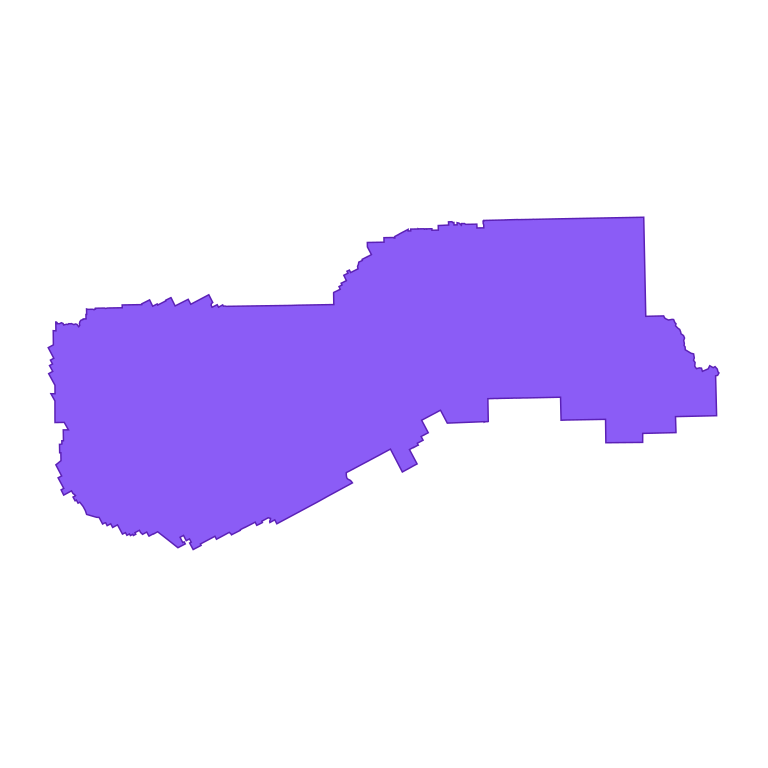 Beverley, Western Australia, Australia, rotated 179°
{"feature_id": "25037944B89171502248139", "entity_name": "Beverley", "entity_type": "district", "adm_level": 2, "iso_a3": "AUS", "parent_name": "Australia", "parent_adm1": "Western Australia", "projection": "orthographic", "projection_center": [116.842, -32.16], "detail": "fine", "context": "isolated", "style": "filled", "palette": "violet", "viewbox_px": 768, "rotation_deg": 179, "n_neighbors": 0, "source": "geoboundaries", "source_scale": "gbopen_adm2", "svg_char_len": 5747}
<svg xmlns="http://www.w3.org/2000/svg" viewBox="0 0 768 768"><g transform="rotate(179 384 384)"><path d="M103.2,447.2L121.1,447.1L121.4,546.2L202.8,546.1L230.9,546.0L231.3,546.1L231.5,546.1L232.3,546.1L232.9,546.0L233.9,546.0L237.0,546.0L237.7,546.0L238.0,546.0L239.4,546.0L240.0,546.0L240.3,546.0L241.5,546.0L242.1,546.0L242.3,546.0L242.7,546.0L242.8,546.0L244.3,546.0L244.7,546.0L246.3,546.0L246.7,546.0L247.6,546.1L256.4,546.0L256.9,546.0L257.8,546.0L258.1,545.9L258.3,545.9L259.7,546.0L259.8,546.0L259.9,545.9L260.0,545.9L281.4,545.8L281.4,545.1L282.1,545.1L282.0,543.7L282.1,543.2L281.6,541.5L281.5,541.2L281.5,539.1L281.5,538.4L288.3,538.4L288.4,542.2L299.7,542.2L300.6,543.0L301.5,543.0L303.7,543.1L303.8,543.0L303.8,541.5L304.0,541.3L304.3,541.8L304.6,542.2L305.9,543.3L306.1,543.4L306.3,543.6L306.8,543.7L307.8,543.9L308.1,544.0L308.1,541.9L311.2,541.8L311.3,544.3L312.6,544.2L313.2,545.1L316.7,545.0L316.6,541.8L327.0,541.5L327.0,536.9L333.4,536.9L333.4,538.4L337.8,538.4L338.0,538.3L338.2,538.2L338.3,538.1L338.5,538.0L338.8,538.1L338.9,538.4L340.2,538.4L340.3,538.3L340.3,538.2L340.6,538.0L340.8,538.0L340.9,538.3L341.7,538.4L341.7,538.5L346.7,538.5L347.2,538.7L347.2,538.4L354.6,538.4L354.6,536.6L357.2,536.6L357.2,538.2L359.1,537.2L359.4,537.1L361.1,536.2L362.0,535.8L366.3,533.6L366.8,533.2L367.1,533.0L367.3,533.0L370.6,531.3L370.6,529.8L371.3,529.8L371.3,530.3L381.5,530.3L381.5,525.8L398.2,525.8L398.2,521.3L394.3,513.6L398.6,511.4L398.6,511.5L403.7,509.0L403.5,507.9L407.1,506.3L407.5,504.1L408.4,502.1L408.0,499.6L415.4,496.0L416.6,498.5L419.1,497.4L418.1,495.4L422.3,493.4L419.8,488.0L425.1,485.5L424.3,483.7L427.3,482.2L426.1,479.5L432.7,476.4L432.8,476.1L432.8,464.3L445.3,464.3L454.3,464.3L469.0,464.3L475.8,464.2L540.5,464.4L541.4,464.7L543.3,464.7L543.9,465.9L548.1,463.7L549.4,466.2L554.6,463.7L554.7,463.8L554.8,464.5L555.1,465.0L555.4,465.5L555.4,466.0L555.3,467.0L554.6,467.9L553.8,468.5L557.6,476.3L575.8,467.1L578.3,472.1L591.5,465.7L595.4,474.0L595.5,474.1L600.8,471.6L600.9,471.4L600.7,470.9L608.9,466.9L609.4,468.0L613.9,465.8L616.9,472.2L624.8,468.4L624.8,467.6L644.4,467.6L644.4,464.8L659.1,464.8L659.9,464.6L661.4,464.4L662.0,464.8L671.2,464.8L671.2,463.9L672.1,463.9L672.6,463.3L673.1,463.5L673.6,463.7L674.1,463.8L678.7,463.8L679.1,463.9L680.1,464.2L680.1,463.8L680.1,458.7L680.8,458.7L680.8,454.3L683.6,454.3L683.6,453.8L685.8,453.1L686.9,451.8L687.5,449.8L687.2,447.9L688.2,446.6L690.0,449.0L691.5,449.4L693.0,448.8L695.7,449.9L696.3,449.7L698.2,449.8L698.9,449.2L699.1,449.0L700.2,449.3L701.0,449.1L701.8,449.0L703.2,448.6L703.8,449.7L703.8,450.1L705.5,450.9L707.3,450.0L709.8,450.0L709.8,451.1L710.6,451.7L711.1,451.7L711.1,442.9L713.8,443.1L713.9,428.9L719.1,426.2L713.7,415.5L717.1,413.7L715.1,409.8L718.1,408.3L715.0,402.4L719.1,400.2L713.0,388.5L713.1,380.0L717.2,380.1L713.3,372.8L713.6,354.4L713.6,354.1L713.6,351.2L704.4,351.2L701.3,345.5L700.3,343.7L705.5,343.7L705.5,332.9L707.1,332.9L707.1,329.7L708.6,329.3L708.9,329.2L709.5,329.3L709.5,320.9L708.3,320.9L708.3,313.0L713.5,308.9L707.9,297.7L711.5,295.9L706.0,285.2L708.7,283.8L706.2,278.5L698.3,282.6L697.2,280.5L696.9,280.0L696.6,279.7L696.2,279.4L695.9,279.3L694.4,277.8L694.7,277.5L696.9,276.4L694.9,272.6L693.6,273.3L692.0,270.2L690.2,271.1L687.4,267.4L686.8,266.5L686.1,265.1L685.1,263.2L684.8,262.5L684.5,261.6L683.6,258.8L675.9,256.4L674.2,255.9L673.4,255.7L671.2,255.6L667.8,248.9L665.9,249.9L665.3,250.0L664.7,250.1L663.3,247.2L659.7,249.0L657.8,245.3L652.9,247.8L648.7,239.6L648.1,238.5L645.1,239.9L643.7,237.2L641.1,238.5L640.2,236.9L637.8,238.1L637.2,236.9L634.8,238.1L635.6,239.7L631.1,242.0L630.1,240.0L629.9,239.7L628.0,237.9L623.8,240.1L621.8,236.2L621.6,236.0L617.3,238.2L617.1,238.0L612.9,240.2L601.4,230.9L592.9,223.9L589.3,225.7L585.5,227.6L586.6,229.7L588.0,229.0L590.6,234.3L587.1,236.1L584.5,230.8L581.2,232.5L579.5,229.2L581.1,228.4L577.7,221.8L569.7,225.8L570.4,227.2L555.7,234.7L554.2,231.7L544.9,236.5L541.3,238.4L539.2,236.3L539.1,235.9L530.2,240.2L530.3,240.7L530.3,240.8L526.1,242.9L525.9,243.0L525.8,242.9L515.2,248.1L513.7,244.9L511.2,246.0L508.0,247.6L508.6,248.9L502.1,252.3L499.8,251.6L500.0,250.4L500.7,248.8L500.5,247.5L495.6,250.1L493.6,246.1L453.1,266.9L449.7,268.7L443.8,271.9L417.3,285.7L418.2,287.0L419.0,287.9L419.6,288.4L421.0,289.1L422.0,289.7L422.3,290.0L422.9,291.0L423.2,292.7L423.3,294.6L423.2,296.1L420.1,297.6L419.9,297.7L396.6,309.6L378.7,318.8L367.2,295.7L359.4,299.8L355.5,301.9L352.3,303.5L359.7,318.0L355.7,320.1L355.6,319.9L351.0,322.3L350.9,322.3L351.2,323.0L351.7,324.2L345.9,327.1L347.8,330.9L340.6,334.5L347.0,347.1L328.0,356.8L327.9,356.7L321.4,343.8L284.4,344.6L284.4,344.2L284.2,344.3L283.0,344.5L282.0,344.6L281.2,344.5L280.9,344.6L280.4,344.7L280.4,367.5L278.2,367.5L277.8,367.6L276.8,367.5L276.4,367.6L275.3,367.5L274.9,367.6L272.6,367.6L271.0,367.5L269.3,367.6L268.2,367.6L267.2,367.6L266.9,367.6L266.3,367.6L265.6,367.6L265.1,367.6L263.4,367.6L262.1,367.6L260.5,367.6L259.5,367.6L259.0,367.6L258.8,367.6L257.7,367.6L255.8,367.6L254.3,367.7L252.1,367.6L250.2,367.6L248.1,367.6L246.2,367.6L245.3,367.7L243.7,367.6L242.9,367.6L241.6,367.6L207.7,367.7L207.6,345.0L207.6,344.7L202.1,344.8L163.1,344.8L163.2,321.4L126.4,321.1L126.2,330.1L92.9,330.3L93.1,346.3L52.0,346.5L52.3,386.4L50.3,386.8L48.9,389.2L49.9,390.4L50.5,393.1L52.7,395.6L54.6,394.6L58.0,396.6L59.6,393.5L65.4,391.1L66.3,394.3L68.4,394.6L71.3,393.9L73.0,396.3L72.6,400.1L74.1,402.4L73.3,404.6L73.9,408.7L76.5,409.4L82.2,413.0L82.3,415.9L83.3,417.2L83.0,419.3L83.6,422.3L82.7,424.7L83.7,427.2L86.2,429.1L86.4,430.6L86.5,431.0L87.4,433.4L89.1,434.6L91.5,437.1L91.0,439.2L92.1,440.3L93.3,443.4L94.8,443.6L98.4,443.0L100.8,444.1L102.3,445.2L103.2,447.2Z" fill="#8b5cf6" stroke="#5b21b6" stroke-width="1.5"/></g></svg>